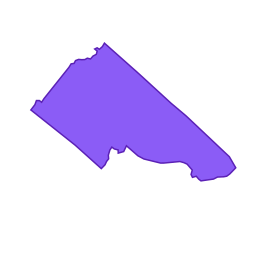 São Bento do Trairí, Rio Grande do Norte, Brazil, rotated 334°
{"feature_id": "56859067B1247516592895", "entity_name": "São Bento do Trairí", "entity_type": "district", "adm_level": 2, "iso_a3": "BRA", "parent_name": "Brazil", "parent_adm1": "Rio Grande do Norte", "projection": "albers", "projection_center": [-36.048, -6.394], "detail": "fine", "context": "isolated", "style": "filled", "palette": "violet", "viewbox_px": 256, "rotation_deg": 334, "n_neighbors": 0, "source": "geoboundaries", "source_scale": "gbopen_adm2", "svg_char_len": 890}
<svg xmlns="http://www.w3.org/2000/svg" viewBox="0 0 256 256"><g transform="rotate(334 128 128)"><path d="M86.2,152.8L91.2,151.0L94.0,148.7L97.1,147.2L98.4,143.8L102.1,139.8L105.1,138.1L106.5,140.8L109.5,143.4L108.2,146.3L113.8,147.3L118.8,143.3L121.6,149.9L124.7,157.3L128.7,162.8L141.9,173.8L145.1,175.3L160.0,180.9L163.1,183.7L165.3,186.4L167.3,194.0L164.3,197.4L164.3,200.6L168.2,201.3L169.2,205.1L170.4,207.5L175.4,209.1L182.5,211.4L186.9,211.3L192.7,213.8L195.6,214.6L199.4,213.9L207.4,211.0L206.5,198.2L204.1,191.9L185.5,142.6L177.5,124.5L161.3,83.4L144.0,41.4L140.7,43.6L136.8,44.7L135.4,42.4L132.7,42.4L134.0,45.4L131.8,47.9L128.1,48.0L124.6,49.5L122.0,47.4L119.3,47.6L116.3,46.3L113.7,44.7L110.4,44.4L107.8,46.3L105.0,45.4L101.5,47.6L65.5,64.7L61.6,67.0L60.4,64.5L57.7,63.2L54.6,66.2L48.6,69.2L73.0,120.3L86.2,152.8Z" fill="#8b5cf6" stroke="#5b21b6" stroke-width="1.5"/></g></svg>